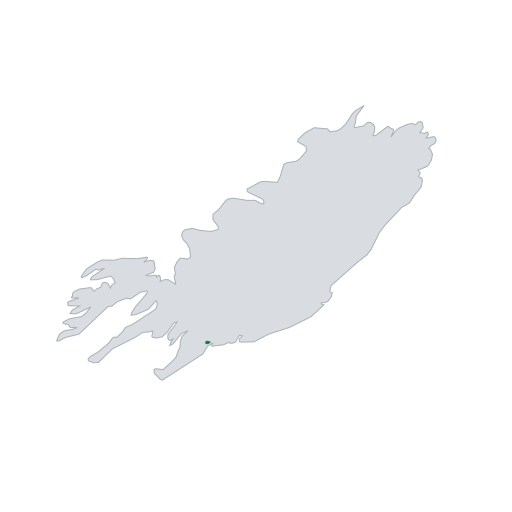 Hveragerðisbær, Suðurland, Iceland (highlighted), rotated 329°
{"feature_id": "244011B51739533992730", "entity_name": "Hveragerðisbær", "entity_type": "district", "adm_level": 2, "iso_a3": "ISL", "parent_name": "Iceland", "parent_adm1": "Suðurland", "projection": "robinson", "projection_center": [-21.201, 64.001], "detail": "fine", "context": "in_parent", "style": "filled", "palette": "green", "viewbox_px": 512, "rotation_deg": 329, "n_neighbors": 0, "source": "geoboundaries", "source_scale": "gbopen_adm2", "svg_char_len": 4228}
<svg xmlns="http://www.w3.org/2000/svg" viewBox="0 0 512 512"><g transform="rotate(329 256 256)"><path d="M389.8,190.4L394.2,190.6L401.4,188.9L411.7,183.8L416.1,182.7L426.2,182.7L414.1,187.6L409.8,193.0L406.6,195.6L406.7,196.8L415.5,200.0L419.6,199.0L421.5,199.4L423.2,200.9L424.5,204.0L423.9,207.1L421.6,210.3L418.3,213.0L418.9,213.8L421.6,214.3L435.8,212.7L437.6,216.6L439.0,217.9L438.7,219.2L433.2,223.4L439.8,220.7L445.0,220.0L454.2,221.3L458.0,222.8L460.3,225.5L464.8,224.7L466.9,226.2L467.1,227.8L465.3,232.2L460.1,234.5L463.5,237.7L466.3,237.8L466.8,238.5L466.6,240.4L462.6,242.6L469.6,245.1L470.5,246.1L470.3,248.9L469.2,250.5L467.2,251.5L462.3,251.6L459.3,252.7L460.4,254.6L459.7,259.6L456.1,263.8L452.5,266.0L449.0,267.4L439.1,265.8L439.6,269.4L436.2,271.6L437.0,273.4L438.2,274.3L437.7,276.7L433.5,281.6L430.3,283.1L424.0,285.1L415.0,289.5L405.7,289.4L383.1,295.8L374.2,299.2L358.3,309.5L351.6,312.2L340.0,313.5L304.9,320.2L301.1,324.3L300.9,325.1L302.5,326.7L299.9,329.6L294.7,331.7L292.1,331.6L287.7,329.9L287.2,330.7L289.0,332.9L271.8,336.4L247.9,334.5L226.7,329.5L209.9,328.5L198.0,321.6L197.7,320.5L199.0,318.4L203.2,317.5L201.2,315.4L194.1,319.1L191.7,318.9L188.7,317.4L188.6,316.0L182.6,315.4L172.4,311.0L171.6,310.0L174.0,308.5L173.6,308.3L168.0,308.5L159.9,312.6L111.9,314.2L110.3,312.0L108.4,304.1L110.1,300.7L112.1,301.0L117.7,305.5L130.5,303.0L135.7,301.3L140.6,297.0L143.4,295.6L147.3,290.1L151.2,286.7L159.4,285.1L152.1,284.1L140.0,288.5L136.0,288.5L137.9,286.6L142.0,284.4L139.2,284.3L138.1,283.3L138.0,281.2L140.1,277.9L154.4,272.0L151.0,270.9L141.2,275.4L134.0,277.0L128.1,274.9L125.3,272.2L125.5,270.9L129.0,267.4L128.4,266.7L126.1,266.4L119.8,263.2L109.8,263.5L85.1,261.6L66.3,266.1L61.9,264.0L58.3,259.5L59.1,257.8L62.4,256.8L71.5,256.9L85.0,254.8L91.1,252.2L93.5,252.9L94.6,254.1L102.9,252.2L107.3,250.0L114.7,251.0L142.6,249.9L146.2,247.0L147.7,243.6L147.0,242.9L136.8,246.0L134.4,246.0L122.6,244.3L118.4,242.4L119.8,240.9L126.1,237.6L142.1,232.2L144.3,231.1L144.6,229.8L138.2,227.5L126.3,228.1L123.2,225.4L113.3,223.7L106.7,224.8L103.2,223.1L63.9,231.8L51.3,227.8L42.3,227.1L41.5,225.9L46.9,222.0L50.5,221.4L54.1,221.7L61.0,224.4L65.7,225.2L59.8,221.3L59.6,217.5L57.8,216.6L56.0,214.1L56.8,213.2L64.0,213.8L75.3,218.1L81.0,217.3L88.3,214.6L72.0,213.0L67.0,209.6L70.6,207.8L79.1,208.0L69.8,202.1L69.4,201.1L71.0,198.5L82.8,200.7L76.6,197.3L76.4,196.5L78.2,195.8L79.2,193.7L82.2,192.8L88.1,193.6L97.3,197.6L98.6,198.7L98.9,202.9L102.5,202.2L106.9,202.8L110.5,200.0L112.9,200.7L114.9,203.1L114.6,208.6L117.1,206.7L121.4,206.6L122.1,202.1L121.3,198.4L107.3,194.3L101.9,191.2L102.5,190.2L105.2,189.3L119.9,188.5L113.6,186.8L112.1,184.9L101.0,185.6L95.4,184.9L95.3,184.0L97.5,182.6L104.3,179.8L117.1,179.5L122.3,180.3L132.1,186.5L140.0,189.0L153.3,197.4L161.8,200.7L162.2,201.5L160.8,202.5L157.5,203.6L162.5,205.0L165.6,207.2L165.8,208.2L163.0,215.0L159.8,217.2L151.9,215.9L153.8,218.0L159.4,220.3L160.7,221.6L159.8,222.9L162.5,222.5L163.4,223.2L162.1,227.1L160.7,228.5L165.4,229.2L168.6,231.1L172.6,238.9L174.7,232.9L175.8,230.8L177.7,229.9L180.0,223.9L185.3,220.3L190.2,218.9L195.3,223.1L199.0,223.6L202.8,216.1L203.2,210.6L202.0,204.6L202.7,200.3L205.2,197.7L208.5,196.9L215.6,199.5L221.5,205.5L230.5,212.0L236.7,213.6L237.7,213.4L238.8,211.3L237.8,202.7L240.6,198.1L247.9,197.0L258.9,192.8L261.4,192.7L266.9,195.1L276.9,203.7L283.9,207.8L287.7,214.1L289.4,215.4L290.8,213.3L290.9,210.5L282.1,197.3L282.0,195.5L282.8,194.0L298.0,194.7L301.4,196.2L312.1,203.8L317.2,200.7L327.2,191.7L330.7,192.0L339.6,195.6L343.1,195.3L353.2,192.1L355.3,187.9L350.5,179.5L352.3,177.7L361.7,175.6L371.9,176.0L382.8,183.9L383.4,187.6L389.8,190.4Z" fill="#d9dde1" stroke="#a8b0b8" stroke-width="1"/><path d="M169.4,303.9L169.3,304.0L169.2,304.0L168.9,304.1L168.7,304.2L169.0,304.8L168.5,305.0L169.3,305.9L169.8,305.7L170.4,306.2L170.5,306.1L170.6,305.9L170.8,305.8L170.9,305.7L171.0,305.7L171.3,305.8L171.5,305.9L171.7,306.1L171.9,305.7L171.6,305.4L171.4,305.5L171.2,305.5L171.0,305.4L170.9,305.3L170.9,305.2L170.7,305.1L170.5,304.9L170.5,304.7L170.4,304.7L170.3,304.4L170.2,304.4L170.1,304.2L169.9,304.2L169.7,304.1L169.5,303.9L169.4,303.9L169.4,303.9Z" fill="#22c55e" stroke="#15803d" stroke-width="1.5"/></g></svg>